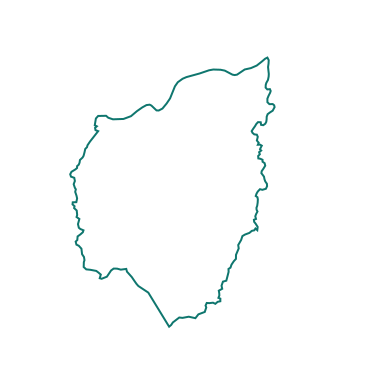 the district of Capão do Leão, Rio Grande do Sul, Brazil, rotated 241°
{"feature_id": "56859067B74187355955260", "entity_name": "Capão do Leão", "entity_type": "district", "adm_level": 2, "iso_a3": "BRA", "parent_name": "Brazil", "parent_adm1": "Rio Grande do Sul", "projection": "equal_earth", "projection_center": [-52.541, -31.849], "detail": "fine", "context": "isolated", "style": "outline", "palette": "teal", "viewbox_px": 384, "rotation_deg": 241, "n_neighbors": 0, "source": "geoboundaries", "source_scale": "gbopen_adm2", "svg_char_len": 2977}
<svg xmlns="http://www.w3.org/2000/svg" viewBox="0 0 384 384"><g transform="rotate(241 192 192)"><path d="M273.0,323.1L273.1,320.6L272.2,316.2L271.2,309.9L271.8,303.6L273.6,297.5L272.8,288.3L273.6,286.0L275.0,284.3L282.3,279.5L285.1,276.2L288.8,270.0L290.2,265.9L292.0,256.0L295.2,242.8L295.6,238.7L295.3,236.2L294.9,232.8L292.7,228.3L284.5,218.2L281.7,212.7L279.3,206.6L279.4,202.4L280.6,200.5L287.3,198.4L288.9,197.3L290.1,194.3L290.1,189.6L289.4,183.0L287.9,175.4L289.1,167.5L293.9,158.1L297.5,154.8L300.3,153.8L304.0,146.8L302.9,143.6L297.5,139.3L295.6,140.6L295.1,138.3L292.9,137.6L290.7,139.4L285.6,127.3L283.5,123.2L282.1,121.9L281.4,119.5L278.9,117.3L276.2,114.7L275.2,113.0L274.3,109.5L272.2,107.9L270.8,106.2L270.3,104.0L268.7,103.1L268.3,100.9L268.1,96.4L266.6,94.1L264.1,93.6L261.5,95.9L258.4,94.9L256.2,92.3L252.5,91.6L250.7,91.7L248.7,89.9L244.8,89.2L242.1,88.4L239.2,85.9L240.8,82.7L239.1,81.5L236.5,82.4L235.1,81.1L231.7,82.2L227.5,80.4L226.1,78.9L223.0,80.4L219.2,76.7L215.6,75.7L213.8,76.4L211.1,78.5L209.7,77.0L209.0,73.7L208.6,70.4L205.6,68.4L205.0,66.2L202.0,65.4L199.9,66.9L196.0,67.8L190.9,65.7L187.5,66.0L184.5,64.9L183.1,63.4L178.9,60.9L175.6,62.0L173.3,65.3L169.4,70.0L167.4,70.9L164.0,72.2L161.3,69.5L159.9,70.9L159.2,76.5L162.6,83.2L163.0,86.3L161.3,89.3L158.6,92.1L156.6,97.2L153.9,96.5L146.8,98.1L142.4,98.5L138.6,98.9L135.8,99.5L125.2,105.0L85.3,106.7L85.8,109.3L87.2,112.0L88.4,120.0L86.5,122.7L84.5,128.7L80.0,133.8L81.9,138.3L80.9,145.0L84.1,148.5L86.1,148.8L87.8,151.1L86.4,153.3L85.0,156.7L82.9,158.2L83.5,161.2L82.7,163.8L85.0,165.1L86.6,163.8L88.3,165.8L90.4,166.8L92.7,167.6L92.7,171.5L95.7,172.4L98.6,175.6L97.8,179.0L100.4,181.5L104.4,185.3L107.0,186.6L107.2,189.0L109.3,191.3L111.2,195.0L112.2,198.0L115.7,200.0L120.0,205.5L123.2,206.7L126.2,211.7L129.0,214.7L129.1,217.7L128.4,222.4L129.0,225.5L128.3,227.9L129.3,229.8L127.0,230.6L129.6,232.5L133.4,232.3L135.8,231.9L137.7,232.7L137.4,234.9L140.1,235.6L141.7,237.5L143.2,239.8L145.2,239.9L146.9,240.7L148.4,242.4L150.9,244.3L153.6,246.0L155.7,246.7L157.6,245.8L159.3,247.7L160.5,249.7L161.5,252.8L159.8,254.6L159.0,258.2L160.7,260.5L162.9,261.5L165.7,261.2L168.1,261.6L170.5,262.4L172.8,262.1L174.8,261.8L176.4,263.0L177.9,266.0L179.5,268.8L182.0,269.5L184.3,268.4L186.0,269.3L187.9,267.9L189.2,266.3L191.4,267.3L192.1,269.6L194.3,270.0L194.7,272.6L196.4,272.2L197.6,273.8L198.7,275.5L200.4,274.5L201.4,272.5L202.7,274.2L205.6,273.7L208.4,276.3L210.7,276.5L212.2,274.4L214.4,273.6L216.3,273.7L217.7,276.3L219.0,279.0L220.3,281.2L221.1,283.6L219.7,285.9L217.2,285.0L215.9,286.7L216.2,289.2L217.4,291.0L219.4,292.5L221.6,293.8L223.4,295.9L223.8,298.9L224.0,302.0L226.2,305.4L228.0,305.9L229.8,305.2L231.3,302.3L234.0,301.5L237.1,303.2L239.1,305.7L240.9,308.4L242.2,309.8L244.2,310.0L245.2,307.6L247.6,307.0L249.9,308.4L251.4,309.9L253.2,312.8L255.8,315.0L258.0,316.4L261.6,317.9L264.4,319.1L267.2,321.2L270.1,323.0L273.0,323.1Z" fill="none" stroke="#0f766e" stroke-width="2"/></g></svg>